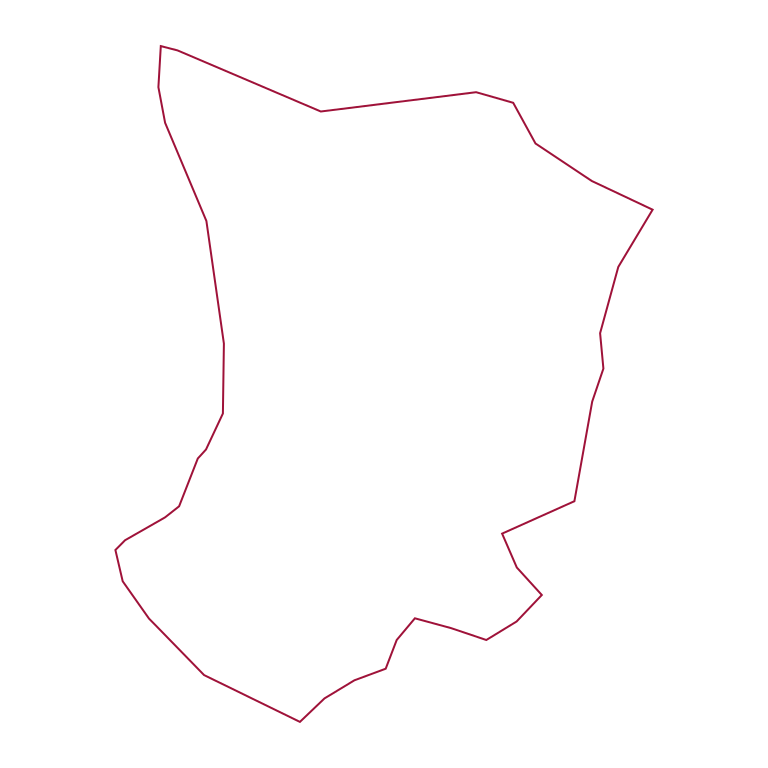 outline of Dajabón
{"feature_id": "DOM-1966", "entity_name": "Dajabón", "entity_type": "Province", "adm_level": 1, "iso_a3": "DOM", "parent_name": "Dominican Republic", "parent_adm1": "", "projection": "orthographic", "projection_center": [-71.618, 19.433], "detail": "fine", "context": "isolated", "style": "outline", "palette": "rose", "viewbox_px": 768, "rotation_deg": 0, "n_neighbors": 0, "source": "natural_earth", "source_scale": "10m", "svg_char_len": 615}
<svg xmlns="http://www.w3.org/2000/svg" viewBox="0 0 768 768"><path d="M155.3,625.0L149.0,618.6L122.7,581.3L115.4,550.0L125.1,540.2L165.0,517.4L179.1,506.3L197.8,458.5L206.0,449.5L222.9,413.5L223.9,343.6L206.4,221.0L165.1,122.8L158.4,87.2L160.8,46.1L177.5,50.4L320.8,111.5L476.1,92.2L513.2,102.8L535.5,143.5L591.8,181.0L652.6,209.7L618.3,266.9L600.1,333.2L603.4,368.6L592.2,401.6L574.4,501.2L502.1,533.6L516.8,567.5L541.8,595.0L516.6,621.5L486.3,640.0L451.0,628.1L414.9,618.3L396.7,640.0L385.7,668.7L354.4,680.3L324.5,698.4L299.9,721.9L204.1,675.1L155.3,625.0Z" fill="none" stroke="#9f1239" stroke-width="2"/></svg>